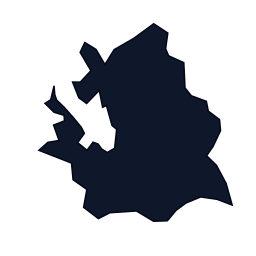 Namangan, Namangan, Uzbekistan, rotated 260°
{"feature_id": "79887680B99414619772230", "entity_name": "Namangan", "entity_type": "district", "adm_level": 2, "iso_a3": "UZB", "parent_name": "Uzbekistan", "parent_adm1": "Namangan", "projection": "orthographic", "projection_center": [71.641, 40.967], "detail": "fine", "context": "isolated", "style": "filled", "palette": "ink", "viewbox_px": 256, "rotation_deg": 260, "n_neighbors": 0, "source": "geoboundaries", "source_scale": "gbopen_adm2", "svg_char_len": 950}
<svg xmlns="http://www.w3.org/2000/svg" viewBox="0 0 256 256"><g transform="rotate(260 128 128)"><path d="M199.5,178.8L214.6,183.7L226.2,171.4L215.3,149.3L207.6,128.0L194.6,116.3L211.0,110.1L219.7,100.3L210.8,94.0L190.9,101.4L181.5,89.0L182.9,81.4L166.4,84.8L159.3,91.5L170.0,106.2L152.8,106.6L153.8,110.7L133.2,112.7L128.7,116.6L110.4,111.3L107.5,103.3L112.0,98.4L117.5,95.7L120.1,91.1L113.2,83.8L122.3,75.9L130.3,84.1L136.9,82.1L148.0,75.8L159.1,69.0L168.1,62.5L173.7,61.7L182.4,62.5L169.2,56.8L166.7,50.5L156.3,57.9L151.6,67.2L146.1,66.7L143.8,55.2L127.7,57.9L127.8,46.6L121.5,36.4L103.2,66.3L86.6,64.9L74.6,76.8L57.6,70.5L43.9,83.1L47.7,95.5L44.8,121.9L31.7,137.0L29.8,150.6L38.5,161.0L44.0,171.9L47.5,187.6L42.3,203.3L34.0,217.2L56.4,215.0L76.0,208.6L87.0,200.6L95.1,208.6L109.4,218.7L120.4,219.6L130.7,210.0L140.7,209.8L148.8,195.9L157.6,191.1L182.6,194.3L192.1,180.5L199.5,178.8Z" fill="#0f172a" stroke="#020617" stroke-width="1.5"/></g></svg>